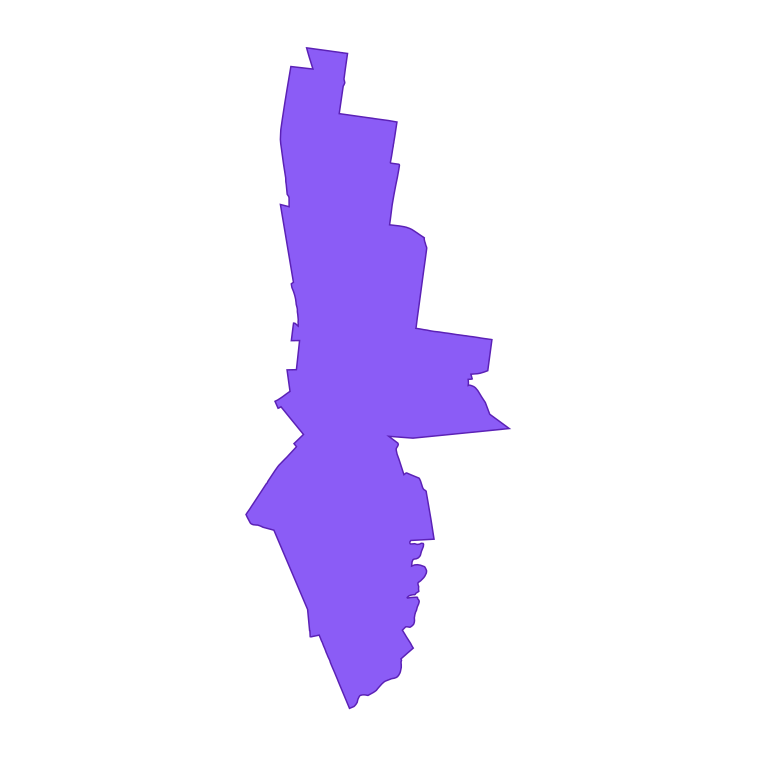 the district of Vasilati, Calarasi, Romania, rotated 276°
{"feature_id": "2599482B17575272178188", "entity_name": "Vasilati", "entity_type": "district", "adm_level": 2, "iso_a3": "ROU", "parent_name": "Romania", "parent_adm1": "Calarasi", "projection": "natural_earth1", "projection_center": [26.428, 44.284], "detail": "fine", "context": "isolated", "style": "filled", "palette": "violet", "viewbox_px": 768, "rotation_deg": 276, "n_neighbors": 0, "source": "geoboundaries", "source_scale": "gbopen_adm2", "svg_char_len": 5828}
<svg xmlns="http://www.w3.org/2000/svg" viewBox="0 0 768 768"><g transform="rotate(276 384 384)"><path d="M710.2,271.9L706.6,273.3L700.5,275.8L695.2,278.1L689.8,280.4L690.0,258.2L667.6,256.8L660.5,256.4L653.5,256.0L636.9,255.2L626.2,254.8L622.5,255.0L616.3,255.4L612.1,256.2L608.5,257.1L592.6,261.0L578.7,264.7L575.0,265.2L572.3,265.9L562.5,267.9L560.5,269.6L559.3,270.1L550.4,271.1L550.9,267.6L551.6,262.9L551.7,262.2L522.2,270.4L517.5,271.7L475.7,283.3L473.9,281.3L470.7,282.2L469.4,282.8L466.8,284.2L465.5,284.8L462.7,286.0L461.0,286.6L459.2,287.2L456.7,287.8L455.5,288.1L454.3,288.3L453.1,288.7L451.3,289.4L449.4,290.0L446.7,290.3L444.0,291.0L438.9,292.0L436.6,292.1L434.8,292.4L432.6,292.6L433.0,291.9L434.1,290.6L435.1,289.0L435.1,287.7L432.7,287.6L421.9,287.4L417.4,287.3L418.4,295.5L389.1,295.4L387.9,286.1L366.8,291.3L366.2,290.5L363.8,287.8L360.5,284.2L358.9,282.3L356.9,279.8L355.4,277.4L348.8,281.2L349.5,282.5L350.4,283.7L350.6,283.9L340.1,294.4L325.4,309.2L315.3,300.7L312.5,303.5L312.3,303.4L300.4,294.5L299.6,293.8L292.4,288.1L290.7,287.0L286.8,284.8L275.1,278.7L274.1,278.4L273.3,278.1L272.5,277.4L268.8,275.5L256.2,269.0L248.1,264.8L245.9,263.7L242.3,261.7L239.8,260.4L238.1,261.4L237.4,261.8L232.2,265.3L231.8,265.6L231.5,265.9L231.3,266.2L230.9,266.9L230.7,267.6L230.5,268.2L230.4,268.8L230.4,269.6L230.4,270.0L230.4,271.7L230.5,272.8L230.5,273.1L230.4,273.5L230.2,274.4L230.1,275.0L229.8,276.0L229.5,277.2L229.3,277.7L229.2,277.7L228.9,278.6L227.5,287.4L227.2,289.1L227.1,289.8L207.8,300.5L173.8,319.4L151.8,331.6L130.9,335.8L130.8,336.1L125.0,337.0L124.9,337.8L125.7,340.2L126.7,343.4L127.5,345.8L126.3,346.4L125.7,346.7L124.9,347.2L123.1,348.1L121.8,348.8L121.5,349.0L121.1,349.3L120.6,349.6L117.6,351.1L116.5,351.7L114.6,352.8L112.4,353.9L111.1,354.5L109.2,355.6L106.6,357.0L104.2,358.5L103.3,359.0L103.2,359.1L102.6,359.3L101.4,359.8L99.3,360.9L95.7,362.9L92.0,365.0L88.1,367.1L86.1,368.2L85.9,368.3L85.6,368.5L83.8,369.4L80.3,371.3L57.8,383.6L60.1,387.8L60.9,388.5L62.3,389.5L64.5,390.6L67.0,390.9L68.0,391.1L69.7,391.7L71.1,392.3L71.6,392.7L72.0,393.4L72.6,395.2L72.8,396.8L72.8,398.3L72.6,400.6L76.0,405.5L76.2,405.8L77.0,406.7L77.1,406.9L77.9,407.7L78.5,408.4L80.3,409.5L81.3,410.2L81.6,410.4L85.5,413.2L87.7,415.2L88.6,416.3L91.7,422.3L92.5,425.0L93.3,426.7L94.3,428.0L96.0,429.1L98.4,430.1L99.9,430.4L104.0,430.8L106.7,430.5L108.0,430.2L108.8,430.1L109.5,430.0L110.3,430.2L111.1,430.3L111.3,430.2L112.4,429.6L119.4,436.0L120.0,436.6L124.4,440.7L125.9,439.5L127.7,438.3L128.9,437.5L131.8,435.2L134.9,432.7L137.6,430.7L141.1,428.0L144.7,430.9L145.0,432.2L144.8,435.0L145.0,435.6L146.1,436.9L147.2,437.9L148.2,438.6L149.9,439.0L151.7,439.1L153.6,438.8L154.6,438.6L156.0,438.7L157.9,438.8L160.7,439.3L162.1,439.9L165.7,440.4L166.6,440.7L168.8,441.4L170.5,441.7L171.6,441.7L171.8,441.7L173.1,440.9L173.3,440.7L173.9,440.0L174.3,439.7L175.0,439.7L175.5,439.1L175.4,438.7L174.5,433.2L173.9,431.0L173.6,430.0L173.7,429.6L173.9,429.4L174.3,429.5L174.8,429.9L175.3,430.3L175.9,431.0L176.5,432.0L176.9,433.1L177.3,434.3L177.5,435.2L177.6,435.4L177.6,435.8L177.6,436.3L177.8,436.7L177.9,436.9L178.3,437.2L178.7,437.3L179.0,437.5L179.4,437.8L179.5,437.9L180.8,439.6L181.4,440.3L183.6,439.8L184.7,439.7L186.0,439.7L186.8,439.4L187.9,438.9L188.7,438.7L189.1,438.6L189.6,438.6L190.3,438.9L191.2,440.0L192.1,441.0L195.6,443.8L197.2,444.7L200.2,445.8L201.1,445.9L202.5,445.9L203.1,445.7L204.9,444.7L206.3,443.7L206.6,443.2L207.6,439.3L207.8,436.1L207.3,433.4L205.8,430.5L210.1,430.5L212.3,431.2L213.0,432.2L213.6,434.5L214.6,436.2L216.2,437.5L217.5,438.1L221.4,438.7L226.4,440.1L228.8,440.1L229.5,439.6L229.5,437.7L228.4,436.0L227.9,433.6L228.4,431.2L227.9,428.7L227.7,427.2L227.9,426.7L228.6,426.3L229.6,426.2L231.2,427.0L234.9,450.0L254.8,444.7L272.2,439.8L279.5,437.7L281.5,437.2L282.2,436.7L282.5,436.2L282.8,435.4L283.3,434.6L283.9,434.0L285.1,433.2L289.7,431.2L291.5,430.4L293.6,429.1L294.1,428.6L294.6,426.8L296.7,419.7L297.9,415.9L297.8,415.4L297.5,414.9L295.9,413.3L310.8,406.7L315.7,404.3L319.1,403.2L320.5,402.9L321.3,403.0L322.8,403.7L324.1,404.3L325.5,404.5L326.6,404.0L331.6,395.7L332.5,394.2L332.9,409.1L333.2,418.5L339.9,451.0L352.8,513.2L364.7,492.8L365.0,492.3L368.8,490.4L376.2,486.7L381.3,482.5L387.2,478.0L389.8,475.3L390.8,473.6L391.5,471.3L391.8,469.6L391.8,469.0L391.3,467.9L393.2,467.9L394.4,467.8L397.4,467.2L398.0,470.6L398.3,471.2L402.8,469.4L403.6,473.5L404.0,475.9L404.8,478.6L405.9,481.2L406.3,482.2L408.1,485.8L439.4,486.7L439.5,485.6L439.5,484.1L439.6,482.1L439.7,478.6L439.8,476.5L439.9,474.4L440.0,473.4L440.1,471.3L440.2,469.3L440.3,466.8L440.3,464.7L440.4,462.6L440.5,460.7L440.5,458.3L440.6,456.3L440.7,452.8L440.7,451.4L440.9,447.9L441.1,443.9L441.2,441.3L441.2,439.2L441.4,435.3L441.5,433.9L441.5,430.4L441.5,428.4L441.7,424.8L442.1,421.0L442.2,418.0L442.5,414.3L442.7,410.1L442.7,409.9L443.3,410.0L452.9,410.2L462.4,410.5L500.4,411.6L512.0,412.0L523.1,412.3L524.0,412.2L524.6,412.0L526.3,411.1L528.2,410.4L529.7,409.7L530.8,409.3L532.1,408.9L532.6,408.8L533.6,408.8L535.7,404.8L539.2,398.3L540.6,395.5L541.4,393.2L542.2,389.9L542.5,387.5L542.8,382.9L542.9,372.9L548.1,373.1L562.9,373.4L573.2,374.1L576.8,374.4L582.9,374.9L590.9,375.7L599.0,376.3L603.0,376.5L603.4,376.4L603.7,376.3L604.0,376.0L604.1,375.7L604.3,369.4L604.4,367.7L604.5,367.4L604.8,367.2L605.3,367.2L608.7,367.5L611.5,367.7L615.1,367.9L619.2,368.1L621.3,368.3L623.2,368.3L624.8,368.5L626.0,368.5L630.8,368.8L645.9,369.5L646.5,360.7L646.8,350.3L647.6,328.0L648.2,311.2L658.4,311.6L668.6,312.0L676.0,312.3L677.3,312.9L679.3,313.5L680.0,313.4L683.1,312.3L685.5,312.4L693.2,312.6L706.8,313.1L708.9,313.2L709.0,310.1L709.0,309.0L709.1,308.0L709.1,305.6L709.2,305.0L709.4,298.0L709.5,295.6L709.7,288.9L710.0,278.8L710.1,276.4L710.2,272.6L710.2,271.9Z" fill="#8b5cf6" stroke="#5b21b6" stroke-width="1.5"/></g></svg>